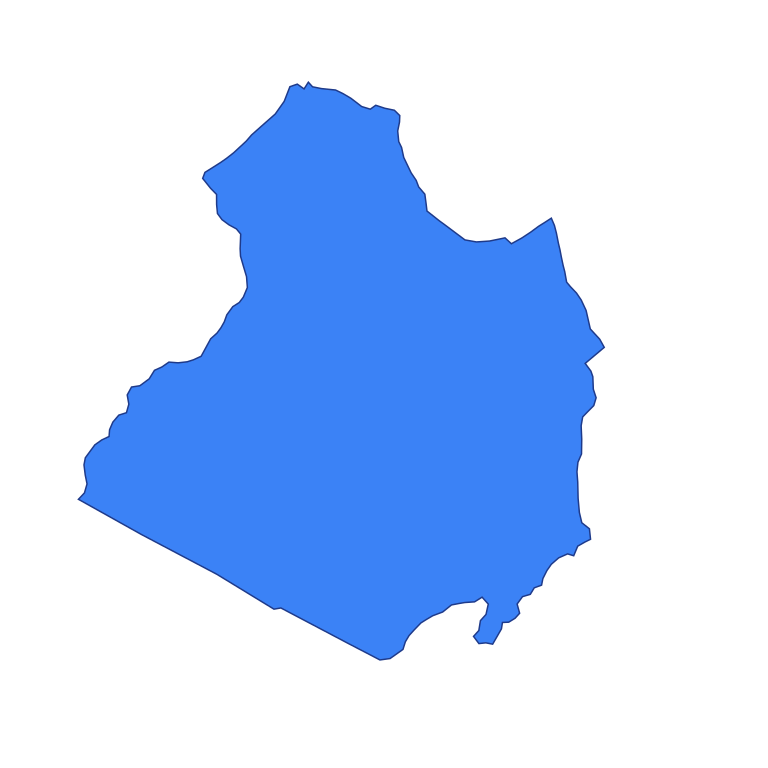 outline of Rolândia, Paraná, Brazil, rotated 206°
{"feature_id": "56859067B29627671403317", "entity_name": "Rolândia", "entity_type": "district", "adm_level": 2, "iso_a3": "BRA", "parent_name": "Brazil", "parent_adm1": "Paraná", "projection": "mercator", "projection_center": [-51.413, -23.281], "detail": "fine", "context": "isolated", "style": "filled", "palette": "blue", "viewbox_px": 768, "rotation_deg": 206, "n_neighbors": 0, "source": "geoboundaries", "source_scale": "gbopen_adm2", "svg_char_len": 2295}
<svg xmlns="http://www.w3.org/2000/svg" viewBox="0 0 768 768"><g transform="rotate(206 384 384)"><path d="M593.4,615.5L598.9,610.0L597.6,594.3L600.1,579.0L607.1,562.2L612.2,549.8L614.3,541.9L620.5,525.9L624.5,517.7L628.0,511.4L637.7,495.7L637.1,489.3L625.5,483.8L617.6,481.0L613.1,471.9L608.4,464.2L601.7,460.7L593.2,459.1L584.6,458.7L578.5,455.9L572.6,442.5L569.0,436.0L562.5,428.8L554.6,420.2L549.1,410.8L548.5,400.4L549.8,393.8L553.8,387.3L555.6,377.3L554.8,369.8L555.2,363.2L556.4,356.6L559.6,348.7L560.5,328.8L565.9,322.2L570.6,317.7L578.3,312.8L586.9,309.4L591.2,301.8L596.3,295.7L597.3,285.7L602.7,275.4L609.6,270.6L610.0,261.6L604.5,254.0L602.9,245.3L608.7,239.8L611.0,230.9L610.6,222.6L608.1,216.3L613.1,210.1L617.2,202.6L620.1,186.8L618.2,179.8L612.6,171.2L607.1,164.0L605.5,154.8L608.1,146.4L536.2,142.4L450.9,139.7L384.2,133.4L378.5,137.5L301.8,135.1L266.7,134.2L258.2,139.9L250.6,153.8L251.8,161.7L251.2,168.9L249.2,175.8L246.1,185.4L242.7,190.9L238.6,197.1L231.3,204.8L226.5,215.0L220.5,219.5L215.6,223.0L207.1,227.9L202.4,235.4L193.8,231.9L191.3,221.6L193.6,213.6L190.7,204.0L192.9,196.4L184.9,192.3L179.0,196.0L172.3,197.8L171.7,206.4L171.1,215.4L173.0,221.6L167.5,224.6L163.5,230.9L161.6,237.4L167.9,244.6L166.3,253.6L160.3,259.1L159.6,266.7L154.2,272.3L155.9,278.7L155.8,287.7L154.6,295.3L150.8,304.3L144.5,311.8L138.2,312.8L138.8,323.2L134.3,329.8L130.3,335.0L135.9,343.9L145.4,346.0L152.1,354.2L159.4,366.3L166.9,380.8L172.1,389.7L175.4,398.7L175.8,407.7L182.1,421.1L188.5,432.9L191.0,441.5L188.9,448.0L186.0,456.6L187.3,464.6L193.6,471.1L199.5,482.1L203.7,486.3L212.2,490.7L202.1,513.5L209.7,518.8L222.7,523.9L234.6,538.7L243.5,545.9L250.8,550.1L259.1,553.2L264.5,555.6L270.8,564.2L274.9,569.0L280.3,575.9L284.7,581.8L288.9,586.9L295.2,595.2L300.3,601.2L306.3,606.4L310.7,599.1L314.2,593.5L318.9,584.5L324.3,575.4L331.0,565.9L339.3,568.4L344.2,564.6L351.9,558.7L363.2,552.2L374.4,549.0L400.0,553.9L405.7,554.9L421.2,558.3L425.0,564.2L430.5,572.5L439.2,576.3L444.3,581.1L452.2,585.7L465.6,596.3L471.9,604.3L477.0,608.3L482.6,617.4L484.9,626.3L487.5,632.2L494.7,634.6L504.1,632.2L513.6,630.9L516.8,625.0L525.7,623.6L539.0,626.3L547.9,627.0L556.4,627.0L569.7,622.1L578.5,619.8L584.3,622.1L585.2,614.2L593.4,615.5Z" fill="#3b82f6" stroke="#1e3a8a" stroke-width="1.5"/></g></svg>